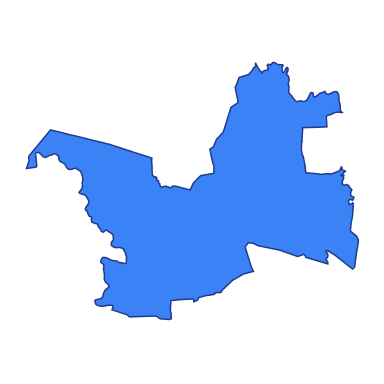 outline of San Juan Cacahuatepec, Oaxaca, Mexico, rotated 268°
{"feature_id": "50627088B64633222678632", "entity_name": "San Juan Cacahuatepec", "entity_type": "district", "adm_level": 2, "iso_a3": "MEX", "parent_name": "Mexico", "parent_adm1": "Oaxaca", "projection": "robinson", "projection_center": [-98.147, 16.655], "detail": "fine", "context": "isolated", "style": "filled", "palette": "blue", "viewbox_px": 384, "rotation_deg": 268, "n_neighbors": 0, "source": "geoboundaries", "source_scale": "gbopen_adm2", "svg_char_len": 6001}
<svg xmlns="http://www.w3.org/2000/svg" viewBox="0 0 384 384"><g transform="rotate(268 192 192)"><path d="M122.7,303.6L115.4,325.2L116.7,325.3L117.7,325.1L118.4,324.6L119.2,323.9L120.3,323.5L121.0,324.1L121.9,325.1L123.0,325.5L124.3,325.6L126.1,325.2L127.5,323.9L128.2,323.7L128.6,324.6L128.8,325.3L123.9,332.7L109.4,349.8L111.3,351.9L118.5,353.0L125.1,354.2L132.2,355.7L135.0,356.2L138.3,356.6L142.1,355.0L147.2,349.2L148.0,349.0L148.9,349.0L153.9,349.8L155.0,349.9L155.4,349.8L156.0,350.0L158.3,350.7L162.7,351.6L171.5,352.6L171.8,352.8L172.3,352.5L174.5,352.7L175.6,352.3L175.6,352.2L175.0,352.3L173.8,348.8L177.8,348.1L179.2,349.4L178.1,352.3L178.9,352.6L179.5,353.1L181.2,353.6L181.3,353.5L181.4,352.6L183.1,350.5L184.0,350.4L184.8,350.4L185.6,350.7L186.9,350.8L188.5,351.8L188.9,351.8L190.3,350.3L191.0,349.8L191.3,349.0L191.8,349.0L192.7,349.2L194.0,346.9L193.9,345.9L193.6,344.8L193.6,344.0L194.1,342.7L194.7,342.5L195.7,342.8L196.2,342.7L196.6,342.1L198.9,343.4L199.0,343.4L200.9,344.2L201.6,343.4L203.3,344.4L204.2,343.1L202.9,342.2L203.4,341.5L207.5,346.0L208.2,344.6L208.3,344.1L209.0,342.8L210.3,342.7L211.8,342.4L211.8,342.1L208.1,340.2L205.5,333.1L205.2,332.3L205.5,328.2L205.4,324.3L205.0,321.4L205.5,319.7L206.6,312.0L207.2,306.4L212.4,306.0L212.6,306.1L223.8,304.4L224.0,303.9L230.2,302.7L238.2,303.4L238.2,303.5L238.4,303.8L240.1,303.7L252.4,304.9L252.4,311.0L252.3,316.4L252.4,329.1L256.8,329.0L261.8,328.8L263.8,329.5L264.3,332.8L266.5,337.8L266.7,340.4L266.5,342.9L266.2,343.7L266.3,344.8L267.4,343.7L268.6,343.3L269.5,343.1L270.3,343.0L272.3,343.2L274.8,343.0L276.5,342.4L278.5,342.1L281.0,342.2L282.5,342.0L283.5,342.0L284.6,341.8L285.5,341.2L286.3,341.0L287.2,340.0L287.3,338.7L287.2,337.4L286.3,335.0L285.4,333.7L285.2,332.5L284.8,331.5L285.1,330.4L285.9,329.4L286.6,328.8L287.2,328.4L287.8,328.4L287.6,328.1L286.2,323.3L283.3,319.3L282.6,318.1L282.6,317.3L283.1,316.8L286.9,316.3L287.3,314.4L285.8,313.3L284.1,312.5L282.7,311.6L282.0,311.4L279.3,309.5L278.4,306.8L279.1,304.5L279.3,304.2L279.3,303.5L279.2,302.8L278.6,300.8L278.6,300.3L279.1,299.2L279.6,298.4L283.3,295.7L284.8,294.9L286.0,293.6L287.5,292.4L289.6,292.2L292.8,292.5L295.0,292.5L297.4,291.9L298.8,292.4L300.7,293.1L304.2,292.5L306.0,290.6L306.3,290.6L308.1,291.2L309.1,291.7L308.9,291.2L310.5,291.8L311.1,292.1L311.8,292.4L312.6,292.0L312.8,291.9L312.9,291.7L313.1,291.3L313.1,291.1L312.5,290.3L310.1,289.1L308.3,287.8L308.1,287.1L308.3,286.6L309.4,286.3L311.5,286.3L314.3,286.6L314.6,287.3L315.4,287.4L316.0,286.9L316.3,282.2L318.4,279.2L318.6,277.9L318.4,276.9L316.6,275.5L316.8,275.3L316.8,275.2L316.2,275.0L317.1,272.7L316.7,272.4L315.8,271.5L314.9,272.0L312.9,272.5L312.6,272.1L312.1,272.4L311.7,272.1L311.4,271.4L310.8,269.0L310.1,267.4L309.6,266.7L308.5,265.9L308.9,265.8L309.8,265.2L310.2,264.7L311.5,263.6L313.2,262.7L315.7,261.3L318.3,260.2L317.7,259.7L316.6,260.1L315.9,260.1L315.5,259.9L314.6,259.0L313.9,257.7L312.7,257.4L310.2,255.4L307.4,252.5L304.8,243.1L298.2,240.4L295.1,238.8L285.8,240.3L280.7,241.2L279.7,241.1L275.2,233.9L263.6,229.8L262.4,229.5L250.9,225.4L248.5,223.2L243.7,218.3L236.4,215.0L234.2,211.4L225.7,212.7L219.9,213.9L217.8,214.8L209.9,214.5L208.1,201.3L205.9,198.9L200.9,193.7L194.1,190.1L198.2,176.5L198.3,175.8L198.6,173.5L198.5,172.6L197.2,172.0L197.1,169.9L198.0,168.0L198.5,167.0L198.6,166.1L198.5,163.8L197.8,161.8L198.6,160.7L200.2,160.1L201.1,160.1L201.5,160.0L201.9,159.2L202.7,158.8L203.8,159.0L204.0,159.1L204.7,158.3L205.4,157.1L206.7,157.1L207.0,157.2L207.4,157.3L207.9,157.0L208.3,156.3L208.3,156.1L208.5,155.3L208.4,154.7L208.5,154.4L209.7,153.6L210.2,153.2L210.9,153.0L210.9,152.9L215.2,152.9L221.1,152.9L225.0,152.7L227.3,153.1L227.8,151.5L229.0,148.5L233.1,136.9L239.4,119.7L242.8,110.4L243.7,106.6L244.1,105.8L246.6,96.5L248.8,89.0L252.3,76.8L253.4,72.2L255.6,64.9L259.0,52.8L233.9,30.5L233.2,30.2L231.4,29.8L230.3,30.2L229.0,30.3L221.3,27.4L222.2,36.8L223.3,37.8L236.2,37.0L237.0,37.6L236.8,39.1L236.9,39.8L235.2,42.3L234.1,43.0L232.2,44.9L231.6,46.9L233.8,51.6L233.9,53.3L234.8,54.8L234.9,56.9L232.9,59.6L228.9,60.3L227.5,60.9L226.5,62.5L225.2,64.7L224.0,66.0L220.8,67.6L219.7,68.4L218.9,69.8L218.7,71.2L219.2,73.1L219.2,74.2L219.8,75.6L219.8,76.8L218.2,78.8L217.5,80.2L216.2,81.5L212.8,82.8L210.5,83.2L208.8,83.4L205.9,82.9L204.7,82.4L203.0,82.8L201.7,82.8L199.8,82.3L198.4,81.5L196.9,80.1L195.5,79.1L194.6,79.8L194.1,80.8L193.4,83.2L192.3,85.4L190.8,86.5L186.9,88.4L185.9,88.6L185.0,88.5L183.9,88.0L182.6,87.1L181.1,85.9L179.7,85.1L178.4,84.8L177.2,85.3L176.4,86.3L175.7,87.0L174.5,87.0L171.5,88.3L170.6,90.7L169.7,90.7L168.7,90.4L165.3,90.8L164.8,92.4L164.0,93.8L163.4,96.4L160.5,97.1L158.2,99.1L156.2,99.8L155.1,101.2L155.0,102.1L156.8,104.2L156.8,105.2L152.4,111.5L147.0,111.9L144.6,109.7L141.5,109.5L140.7,110.5L139.4,112.4L139.5,112.9L138.9,114.0L139.1,115.9L139.0,118.1L138.4,119.9L137.2,121.8L136.3,121.8L133.9,123.2L131.3,123.7L130.1,124.3L124.1,123.9L122.7,123.0L123.3,121.0L124.3,116.3L125.3,115.1L125.9,113.5L126.2,110.7L126.9,108.4L128.5,105.9L129.5,103.3L129.8,100.7L128.3,99.4L126.8,98.6L124.6,98.5L123.3,100.5L121.7,101.4L120.0,101.1L117.3,100.9L114.4,101.4L111.0,101.6L108.3,101.2L105.6,102.1L104.4,102.9L103.8,103.8L102.3,105.1L100.5,106.0L100.1,105.7L97.0,101.8L93.0,99.6L91.4,99.7L89.7,98.5L88.6,97.1L87.5,91.7L86.4,91.0L84.0,91.7L83.4,91.8L81.7,94.2L80.9,97.5L81.0,99.1L81.8,105.3L81.5,108.5L79.8,109.2L77.1,107.9L71.5,123.1L69.4,125.1L69.3,152.0L66.4,155.7L65.4,164.3L66.0,166.9L72.0,166.8L73.0,166.4L73.5,166.3L75.5,166.3L84.0,167.1L84.5,169.9L84.4,170.0L84.9,177.9L85.1,186.7L84.8,189.9L82.4,190.0L82.2,190.1L83.3,192.6L83.3,193.1L83.6,193.7L85.0,194.5L86.2,194.7L88.1,203.1L88.3,206.1L88.9,210.4L89.7,210.6L90.0,210.9L89.8,211.2L89.7,211.5L89.9,211.8L90.6,212.5L90.5,217.3L92.7,218.6L102.3,229.4L108.3,240.6L110.5,250.6L115.2,248.6L131.0,244.3L135.2,243.3L139.2,246.3L138.7,251.2L136.0,256.2L130.9,277.4L123.9,295.2L124.6,298.0L125.8,301.5L124.8,302.7L122.7,303.6Z" fill="#3b82f6" stroke="#1e3a8a" stroke-width="1.5"/></g></svg>